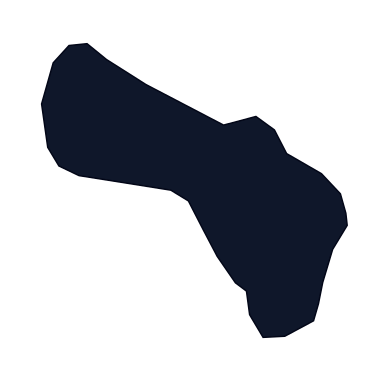 outline of Lebialem, Sud-Ouest, Cameroon, rotated 95°
{"feature_id": "32672807B23253489436904", "entity_name": "Lebialem", "entity_type": "district", "adm_level": 2, "iso_a3": "CMR", "parent_name": "Cameroon", "parent_adm1": "Sud-Ouest", "projection": "orthographic", "projection_center": [9.96, 5.584], "detail": "fine", "context": "isolated", "style": "filled", "palette": "ink", "viewbox_px": 384, "rotation_deg": 95, "n_neighbors": 0, "source": "geoboundaries", "source_scale": "gbopen_adm2", "svg_char_len": 562}
<svg xmlns="http://www.w3.org/2000/svg" viewBox="0 0 384 384"><g transform="rotate(95 192 192)"><path d="M211.7,34.5L199.7,36.9L180.9,44.0L162.5,64.6L145.5,101.1L123.0,115.3L111.2,134.9L122.6,166.4L92.0,240.0L88.9,247.4L67.5,288.7L53.4,309.5L56.8,327.3L75.4,341.5L117.4,349.5L160.1,339.6L177.7,326.8L185.5,306.0L192.0,213.3L201.2,194.8L229.6,176.9L250.9,163.2L253.9,161.3L278.7,140.8L286.0,129.1L309.2,123.9L312.7,121.4L330.6,108.5L327.6,87.0L309.7,59.7L292.4,56.3L270.7,53.9L236.9,46.9L211.7,34.5Z" fill="#0f172a" stroke="#020617" stroke-width="1.5"/></g></svg>